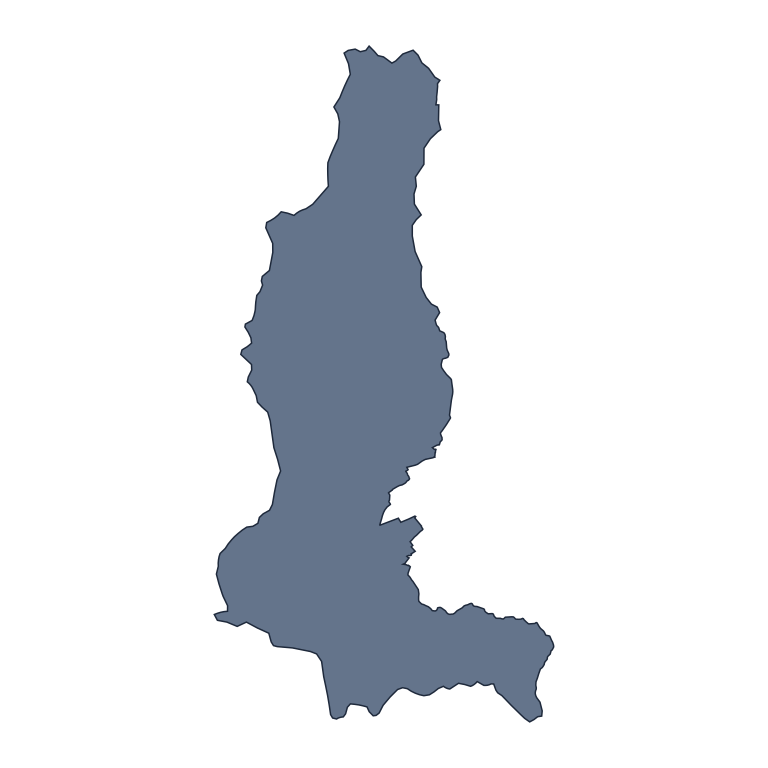 Glimboca, Caras-Severin, Romania
{"feature_id": "2599482B78068825292694", "entity_name": "Glimboca", "entity_type": "district", "adm_level": 2, "iso_a3": "ROU", "parent_name": "Romania", "parent_adm1": "Caras-Severin", "projection": "albers", "projection_center": [22.334, 45.53], "detail": "fine", "context": "isolated", "style": "filled", "palette": "slate", "viewbox_px": 768, "rotation_deg": 0, "n_neighbors": 0, "source": "geoboundaries", "source_scale": "gbopen_adm2", "svg_char_len": 6102}
<svg xmlns="http://www.w3.org/2000/svg" viewBox="0 0 768 768"><path d="M439.9,80.3L434.8,77.1L428.6,68.3L421.9,62.9L418.0,55.1L413.1,50.2L402.8,54.0L395.7,61.0L391.9,63.1L383.5,56.9L377.9,55.6L374.2,51.3L369.1,46.1L365.9,50.4L360.3,51.7L355.2,49.1L348.2,50.4L344.1,53.1L348.5,63.7L350.3,74.3L347.4,80.1L344.7,85.9L342.2,91.8L339.8,97.8L333.9,107.0L337.8,113.9L339.5,121.7L338.3,138.4L335.5,144.3L332.8,150.4L330.2,156.5L327.9,162.7L327.7,168.6L327.8,174.5L328.0,180.4L328.4,186.3L312.7,204.3L305.9,208.8L302.6,209.9L299.5,211.3L296.6,213.2L294.0,215.4L287.7,213.2L281.2,211.8L278.1,215.1L274.6,218.0L270.8,220.4L266.7,222.5L265.8,227.8L272.7,243.4L272.8,252.4L269.4,270.5L262.3,276.4L261.4,280.9L262.6,285.1L260.0,291.6L256.8,295.4L255.8,302.0L255.5,305.8L255.3,309.5L255.0,311.3L254.0,315.5L252.5,319.5L252.0,320.5L245.4,324.1L244.9,327.0L248.2,332.2L250.9,337.8L251.6,343.1L249.4,345.0L247.1,346.8L242.0,349.9L240.8,354.4L251.5,364.5L251.7,370.1L248.3,377.0L247.3,381.8L249.1,383.4L250.7,385.2L252.1,387.2L253.2,389.3L256.2,395.6L257.5,402.3L262.4,407.4L267.7,412.1L270.2,420.8L273.9,447.7L277.6,459.3L280.6,471.0L277.0,479.9L274.5,492.2L272.4,504.5L269.5,510.3L263.2,513.8L259.4,517.4L257.9,523.3L252.9,526.3L246.8,527.1L242.4,530.0L238.2,533.4L234.5,536.7L231.8,539.6L228.3,543.8L225.3,548.4L220.1,553.5L219.1,556.6L218.5,559.8L218.2,563.1L218.3,566.3L216.4,574.1L219.0,583.9L222.1,593.5L223.1,596.3L227.6,605.7L227.5,611.3L224.1,611.6L220.7,612.3L217.4,613.3L214.3,614.5L217.4,620.3L226.9,622.1L237.2,626.4L246.4,622.1L257.4,628.0L268.8,633.2L271.2,641.9L273.5,645.6L277.2,646.6L292.4,647.9L310.4,651.5L316.6,653.9L321.6,661.4L323.7,676.6L325.7,686.0L327.6,695.5L329.2,705.0L330.6,714.6L332.6,718.0L336.6,719.0L338.1,718.1L339.8,717.5L341.5,717.1L343.3,716.9L345.6,713.8L347.4,707.2L350.4,703.9L354.6,704.3L358.8,704.9L362.9,705.8L367.0,706.9L369.2,711.7L373.2,715.8L376.1,715.4L379.1,713.1L383.1,705.3L390.1,697.0L397.6,689.5L402.6,687.7L407.4,688.7L411.2,691.2L415.3,693.2L419.5,694.7L423.9,695.7L429.4,694.8L434.0,691.9L438.3,688.5L443.4,686.3L444.9,687.3L446.4,688.1L448.1,688.7L449.8,689.0L458.5,683.3L464.7,684.5L470.6,686.3L472.5,685.5L474.2,684.4L475.8,683.1L477.2,681.6L483.9,685.4L485.8,685.4L487.6,685.2L489.4,684.7L491.1,683.9L493.7,684.0L495.9,690.1L497.7,692.8L501.9,695.6L511.3,705.4L521.0,714.9L524.7,718.4L529.7,721.9L533.9,719.6L537.7,716.7L541.7,716.1L542.2,710.9L540.0,702.2L536.7,697.7L535.8,695.8L535.3,693.9L535.3,692.3L535.6,690.7L536.2,689.2L536.3,687.9L535.8,685.2L536.0,681.8L537.3,678.4L538.7,673.8L540.4,669.0L542.3,667.5L543.4,665.9L544.2,664.5L544.5,662.8L545.2,661.6L547.1,659.4L547.3,658.4L547.4,657.3L547.7,656.5L550.2,654.1L551.1,650.7L552.3,649.8L552.8,648.6L553.5,647.5L553.7,646.4L553.5,645.0L552.6,642.2L551.6,640.4L549.8,636.2L548.9,635.8L546.1,635.3L545.5,634.7L544.4,632.3L543.5,631.0L540.5,628.4L539.1,626.5L537.0,622.8L536.6,622.6L536.1,622.6L535.1,623.3L534.5,623.5L529.0,623.9L528.3,623.7L526.2,621.9L523.9,619.6L523.4,618.7L522.5,618.4L521.1,619.1L519.1,619.3L516.2,619.2L515.5,619.0L514.2,617.5L513.3,616.9L511.7,616.8L505.3,617.2L504.0,618.5L503.2,619.0L501.8,618.8L500.4,618.3L496.7,618.3L496.0,618.2L495.6,617.6L494.3,616.5L493.3,614.1L492.4,613.6L491.8,613.6L488.2,613.8L485.8,612.2L484.9,611.2L484.5,610.3L484.4,609.4L483.6,608.8L477.0,606.5L475.2,606.4L474.2,606.2L473.2,605.6L472.3,603.9L471.6,603.4L471.0,603.4L469.4,603.9L467.9,604.7L465.5,605.3L464.1,605.9L462.1,607.9L457.1,610.7L454.5,613.3L452.9,614.1L450.7,614.2L450.1,614.4L448.5,614.1L447.7,613.6L446.6,612.6L445.7,611.2L445.1,610.6L441.8,608.2L440.6,607.5L439.6,607.4L438.4,607.6L437.6,607.9L437.1,609.6L436.1,610.6L435.2,611.0L432.7,610.7L432.2,610.6L431.2,609.2L430.2,608.2L428.3,606.7L425.9,605.7L423.7,604.6L421.6,604.0L418.9,601.4L418.8,600.8L418.6,599.8L418.6,596.9L418.9,593.9L418.3,589.6L412.9,581.4L411.7,580.0L410.0,577.2L407.9,574.9L408.1,573.1L410.3,566.8L409.5,566.0L408.3,565.3L408.1,565.6L406.1,564.7L403.2,564.2L405.1,563.3L406.0,561.9L409.1,557.9L407.7,557.2L406.8,556.3L408.4,555.5L409.8,555.6L411.3,555.2L411.5,554.6L411.1,553.8L412.3,553.2L415.2,551.3L411.2,546.9L412.8,545.4L410.1,541.7L411.6,540.3L414.4,537.0L416.6,535.2L420.5,531.3L422.0,530.3L422.5,529.7L422.9,529.1L421.3,526.6L421.5,526.1L414.8,518.0L415.7,516.5L414.9,516.1L408.5,519.1L400.8,522.3L400.3,521.2L399.7,520.6L398.4,518.2L379.4,525.4L379.7,525.1L381.6,518.8L382.4,515.7L383.6,512.4L385.0,509.7L387.1,507.0L390.4,504.4L390.2,503.7L389.1,502.2L388.9,501.7L389.0,501.1L389.5,500.1L389.8,495.2L389.6,494.7L388.5,492.9L389.6,491.9L390.8,491.3L390.9,491.0L391.4,490.5L392.3,490.1L392.6,489.4L393.2,489.0L397.1,486.7L399.5,485.5L402.1,484.9L404.8,483.4L405.7,482.7L407.4,480.6L408.3,480.4L409.2,479.4L409.5,478.9L409.5,478.4L409.2,478.1L408.9,476.8L408.6,476.2L407.6,475.0L407.4,473.8L406.8,472.7L405.8,471.5L405.8,471.2L407.5,470.3L408.1,469.7L406.8,467.3L415.2,465.2L416.8,464.6L417.6,464.3L422.2,461.0L425.3,459.4L432.7,457.8L434.8,457.1L434.4,456.6L434.9,456.1L435.1,452.8L435.3,452.8L435.4,452.5L435.5,451.2L435.7,450.2L436.0,449.6L435.8,449.3L435.3,449.8L434.7,449.3L434.2,449.3L432.4,447.6L436.7,445.3L438.7,444.7L439.0,445.0L439.4,444.7L440.2,441.9L441.8,440.3L442.1,439.7L442.0,437.5L441.4,436.3L440.6,434.1L440.5,432.8L442.1,430.8L446.4,424.6L450.4,418.2L450.5,417.8L449.5,415.1L451.4,400.2L452.6,394.0L452.8,391.8L452.7,389.4L451.8,383.1L451.4,379.8L450.7,378.6L446.5,374.5L443.6,370.6L441.5,367.4L441.2,364.3L442.4,359.4L442.9,359.0L444.1,358.5L445.6,358.2L447.8,357.3L448.9,355.0L448.8,353.7L447.2,350.1L446.7,348.1L446.2,341.7L445.5,339.9L445.2,338.8L445.4,336.6L445.0,334.6L444.3,333.2L443.5,332.5L439.7,330.8L438.7,327.7L437.9,326.6L436.7,325.5L436.0,323.5L435.1,320.1L439.6,312.6L437.2,307.1L431.4,304.1L426.2,297.5L421.2,287.1L420.9,272.4L421.8,266.7L415.1,251.5L412.3,236.0L412.3,225.3L416.3,219.6L421.2,214.9L414.4,204.1L414.0,194.0L416.3,186.3L415.4,177.0L423.9,164.3L424.0,148.2L430.4,138.7L437.7,131.7L440.8,129.6L438.5,120.7L438.8,104.9L435.9,104.8L436.7,99.6L436.6,96.8L437.1,92.4L437.6,86.6L437.5,83.7L439.9,80.3Z" fill="#64748b" stroke="#1e293b" stroke-width="1.5"/></svg>